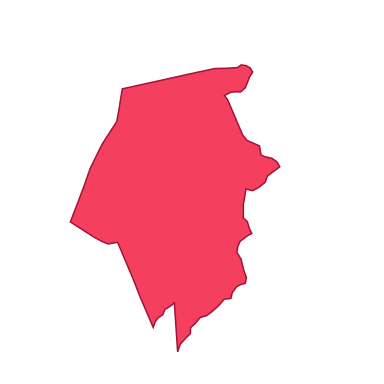 outline of Santana do Mundaú, Alagoas, Brazil, rotated 146°
{"feature_id": "56859067B55013789600904", "entity_name": "Santana do Mundaú", "entity_type": "district", "adm_level": 2, "iso_a3": "BRA", "parent_name": "Brazil", "parent_adm1": "Alagoas", "projection": "albers", "projection_center": [-36.203, -9.124], "detail": "fine", "context": "isolated", "style": "filled", "palette": "rose", "viewbox_px": 384, "rotation_deg": 146, "n_neighbors": 0, "source": "geoboundaries", "source_scale": "gbopen_adm2", "svg_char_len": 1138}
<svg xmlns="http://www.w3.org/2000/svg" viewBox="0 0 384 384"><g transform="rotate(146 192 192)"><path d="M74.6,257.5L74.4,262.3L76.5,266.6L80.2,269.9L84.8,269.7L95.5,276.1L103.8,281.5L125.9,290.4L192.1,316.5L201.1,307.0L204.9,302.8L215.0,292.5L235.4,283.8L239.1,282.2L244.6,279.2L263.2,268.5L276.7,258.4L291.0,248.2L309.6,235.2L298.2,208.7L294.3,201.4L290.6,195.8L281.8,191.9L289.4,153.0L293.7,133.9L299.9,101.4L295.6,104.7L290.6,106.6L284.7,106.6L280.2,109.7L273.3,109.5L268.6,110.0L293.3,67.5L287.1,72.3L279.6,74.2L272.5,75.5L269.0,80.3L262.7,81.2L255.3,83.4L249.4,81.4L242.6,81.6L233.8,82.8L225.2,85.1L219.3,82.0L214.8,86.1L207.6,88.6L203.3,88.0L198.9,86.5L194.7,90.6L192.9,98.1L188.9,108.9L188.5,117.0L184.3,121.3L179.7,124.2L170.5,124.7L165.5,124.2L165.1,128.6L162.7,136.6L163.9,141.8L156.4,153.0L151.3,158.1L145.7,164.3L141.0,159.2L133.8,158.4L125.7,159.2L120.5,163.1L105.1,163.8L104.7,169.5L106.9,175.3L112.0,180.7L114.0,184.0L110.3,192.5L114.5,199.2L117.5,203.9L118.1,211.0L110.8,248.8L111.2,253.8L104.5,253.1L99.8,250.7L95.7,247.7L89.5,248.6L79.9,255.2L74.6,257.5Z" fill="#f43f5e" stroke="#9f1239" stroke-width="1.5"/></g></svg>